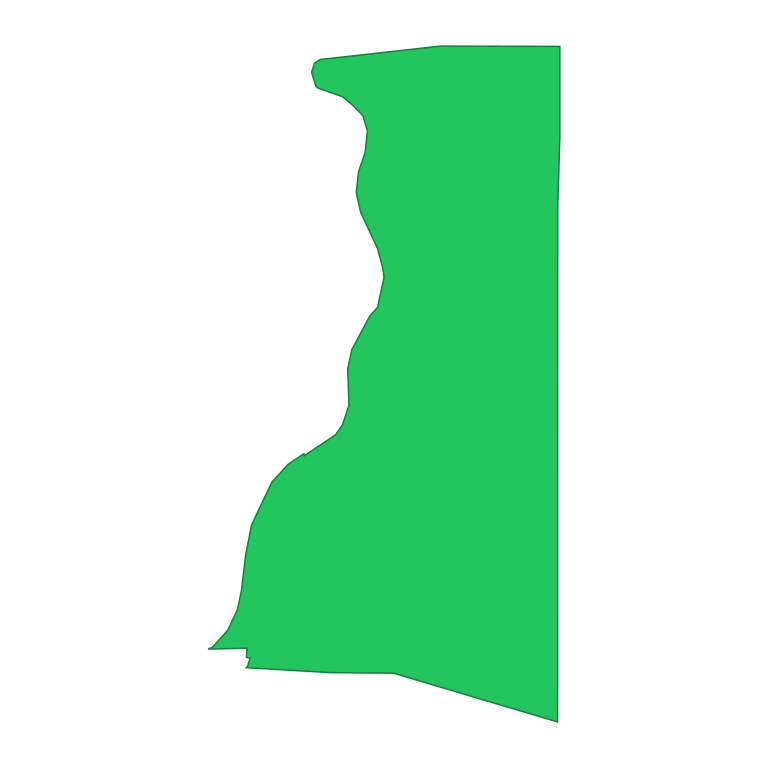 Brooke, West Virginia, United States of America
{"feature_id": "52423323B34331419978033", "entity_name": "Brooke", "entity_type": "district", "adm_level": 2, "iso_a3": "USA", "parent_name": "United States of America", "parent_adm1": "West Virginia", "projection": "mercator", "projection_center": [-80.613, 40.28], "detail": "fine", "context": "isolated", "style": "filled", "palette": "green", "viewbox_px": 768, "rotation_deg": 0, "n_neighbors": 0, "source": "geoboundaries", "source_scale": "gbopen_adm2", "svg_char_len": 746}
<svg xmlns="http://www.w3.org/2000/svg" viewBox="0 0 768 768"><path d="M320.0,59.5L314.6,63.2L311.6,72.3L315.9,86.4L317.8,88.0L342.6,96.8L352.9,105.3L363.0,116.0L367.5,131.2L365.1,152.6L358.5,171.8L356.3,192.9L356.4,193.2L360.6,212.1L377.6,248.7L382.7,267.6L384.0,277.4L377.6,307.3L369.6,316.3L351.8,349.8L347.7,368.7L349.0,405.3L342.3,425.2L335.5,434.8L304.1,455.9L303.9,453.7L288.0,464.4L271.9,482.1L251.6,524.8L245.7,554.7L241.4,590.9L237.5,609.5L227.9,630.0L212.8,646.9L208.1,649.1L246.9,648.2L246.5,657.3L250.1,658.3L247.5,666.3L246.3,667.7L330.0,672.6L393.7,673.2L483.9,700.1L557.5,721.9L557.6,685.2L557.7,240.5L557.7,208.6L559.9,135.7L559.9,48.6L559.9,46.4L440.1,46.1L320.0,59.5Z" fill="#22c55e" stroke="#15803d" stroke-width="1.5"/></svg>